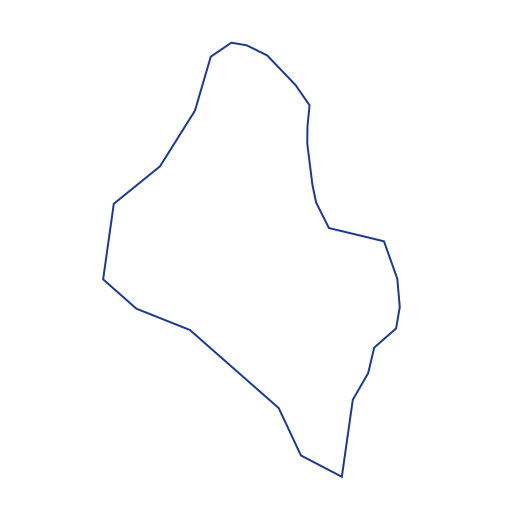 Sveta Ana, orthographic projection, rotated 187°
{"feature_id": "SVN-200", "entity_name": "Sveta Ana", "entity_type": "Municipality", "adm_level": 1, "iso_a3": "SVN", "parent_name": "Slovenia", "parent_adm1": "", "projection": "orthographic", "projection_center": [15.832, 46.654], "detail": "fine", "context": "isolated", "style": "outline", "palette": "blue", "viewbox_px": 512, "rotation_deg": 187, "n_neighbors": 0, "source": "natural_earth", "source_scale": "10m", "svg_char_len": 500}
<svg xmlns="http://www.w3.org/2000/svg" viewBox="0 0 512 512"><g transform="rotate(187 256 256)"><path d="M130.8,286.2L113.0,250.7L107.1,222.9L108.1,201.2L127.5,179.5L130.4,153.4L142.4,125.1L143.9,47.3L187.1,63.5L214.9,107.8L312.6,174.5L368.3,189.1L404.9,214.2L403.5,290.5L362.2,333.3L334.3,392.8L325.2,448.3L306.5,464.7L290.9,464.0L269.3,456.4L237.5,430.4L221.2,412.1L220.7,390.5L218.8,373.7L208.7,333.6L202.9,316.5L187.0,292.6L130.8,286.2Z" fill="none" stroke="#1e3a8a" stroke-width="2"/></g></svg>